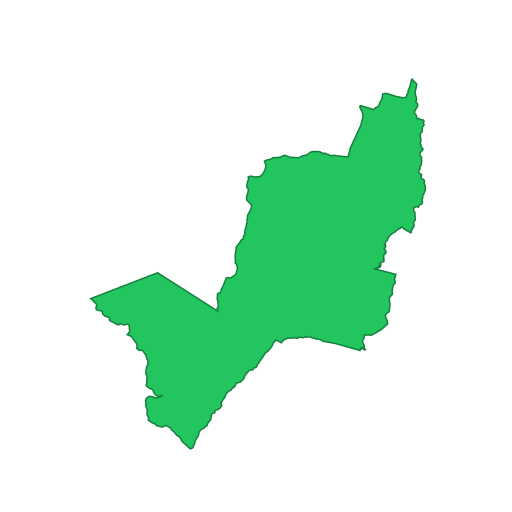 San Carlos, Salta, Argentina, rotated 10°
{"feature_id": "61730980B20324539983987", "entity_name": "San Carlos", "entity_type": "district", "adm_level": 2, "iso_a3": "ARG", "parent_name": "Argentina", "parent_adm1": "Salta", "projection": "mercator", "projection_center": [-66.067, -25.8], "detail": "fine", "context": "isolated", "style": "filled", "palette": "green", "viewbox_px": 512, "rotation_deg": 10, "n_neighbors": 0, "source": "geoboundaries", "source_scale": "gbopen_adm2", "svg_char_len": 6118}
<svg xmlns="http://www.w3.org/2000/svg" viewBox="0 0 512 512"><g transform="rotate(10 256 256)"><path d="M275.7,365.2L276.5,361.8L277.5,360.5L277.7,359.4L278.9,357.5L279.0,356.5L280.6,353.7L281.9,350.1L284.4,347.5L287.1,342.7L288.4,338.1L289.3,337.1L290.1,335.1L296.0,337.1L297.6,334.3L300.8,331.7L304.8,330.6L306.6,330.5L308.3,329.5L309.8,330.1L311.6,329.6L312.3,328.5L316.4,328.3L318.8,327.2L319.8,327.2L323.1,326.1L325.4,326.9L327.8,326.9L329.9,327.5L331.1,327.0L333.6,327.2L335.5,327.7L336.6,328.3L349.3,328.4L374.7,331.0L374.5,330.2L375.0,330.1L375.4,328.7L375.8,329.0L375.9,328.6L376.9,328.0L377.1,328.6L378.3,328.8L378.0,329.1L379.0,329.7L379.8,329.1L379.2,329.0L378.7,328.3L378.4,325.7L376.7,323.5L375.5,321.1L376.7,317.9L376.5,315.0L383.8,313.8L392.2,306.7L397.5,300.0L396.4,296.7L395.4,295.5L393.8,292.5L394.2,290.5L396.8,287.6L396.8,284.8L396.4,283.5L396.6,282.2L396.1,279.5L394.5,274.6L394.8,273.5L397.0,269.9L396.2,267.0L396.1,261.6L396.5,260.3L397.8,258.4L397.1,255.9L396.4,255.5L397.0,249.8L375.0,248.0L375.5,247.4L376.7,247.5L376.6,247.1L377.2,246.8L378.0,247.3L377.8,246.3L380.0,245.6L380.4,244.3L379.6,244.7L379.2,244.0L379.6,243.4L379.3,242.8L379.7,243.0L380.2,242.7L380.1,242.3L379.6,242.4L379.6,241.9L380.0,241.8L380.0,241.1L380.5,240.9L381.1,239.9L382.2,239.7L382.2,239.2L382.9,238.9L382.4,238.5L382.7,237.2L382.0,236.4L382.4,236.0L381.6,234.9L382.0,233.9L381.4,233.6L382.4,231.5L383.4,230.7L383.4,230.2L382.8,229.7L383.2,228.7L382.6,228.0L381.2,227.2L380.9,226.0L381.8,225.7L382.1,223.6L380.8,223.1L380.4,222.2L381.3,222.0L381.3,219.2L382.7,217.6L382.7,216.2L383.7,214.1L383.7,213.1L386.8,209.6L387.8,209.1L389.0,207.8L390.6,205.7L392.0,204.8L392.1,204.1L393.4,203.6L394.4,202.2L395.4,202.3L396.7,203.6L397.6,203.5L398.4,204.2L399.3,204.2L399.9,204.9L401.7,205.2L403.3,206.0L404.7,206.1L404.6,204.2L406.2,199.7L406.3,198.1L405.3,196.1L405.8,194.4L406.6,192.9L404.9,185.5L403.5,184.2L403.3,182.7L402.7,181.6L402.8,181.1L403.9,180.6L404.2,179.9L405.9,179.4L407.4,179.9L408.3,177.1L410.0,176.2L410.4,175.5L410.7,173.8L409.5,172.3L410.1,169.5L409.5,168.1L410.4,166.4L410.9,163.1L411.4,161.9L410.6,158.1L410.3,157.4L409.7,157.1L409.7,156.2L408.9,154.9L408.8,152.5L407.4,151.4L405.4,151.0L404.8,149.3L405.1,147.4L404.8,146.9L402.7,146.2L401.3,145.2L401.8,143.7L401.6,143.1L401.9,142.4L402.5,142.1L401.9,140.1L402.9,137.6L402.7,136.0L402.9,135.4L402.5,134.8L402.7,133.8L402.5,132.9L402.0,132.0L402.2,130.9L401.5,129.5L400.1,128.4L399.6,127.5L400.1,125.3L402.0,121.9L399.7,119.6L399.0,117.5L398.2,116.8L398.0,115.8L398.4,115.5L398.2,112.6L397.7,111.1L397.0,110.6L397.2,110.0L396.6,106.7L396.9,106.1L397.8,105.5L398.0,104.5L397.5,100.4L398.8,97.9L397.7,95.8L397.8,94.9L398.2,94.3L397.3,93.0L394.5,93.1L392.8,92.3L390.8,92.9L389.5,89.7L387.6,88.0L387.2,87.2L387.3,85.1L388.5,82.3L389.2,80.0L388.5,77.8L387.3,77.1L386.7,76.4L387.0,74.3L386.7,73.0L384.6,68.4L384.3,66.1L384.6,59.2L383.1,57.6L381.6,56.9L381.1,56.3L380.2,56.2L379.4,54.6L379.0,54.7L378.5,56.4L378.1,62.7L377.1,67.3L377.4,68.9L376.5,70.7L376.6,71.9L376.1,73.7L373.0,74.7L366.5,74.5L356.1,73.2L354.6,73.6L352.9,74.3L352.6,74.9L352.8,79.4L351.6,82.5L350.6,87.1L349.0,88.6L348.2,88.9L346.5,91.4L333.3,89.7L332.2,90.4L333.2,92.8L335.2,95.2L336.9,98.3L337.1,101.5L336.5,109.2L330.1,133.5L329.6,141.0L329.3,142.1L327.2,142.8L320.2,143.0L318.8,143.6L317.4,143.1L313.1,143.8L311.9,144.4L309.7,143.4L307.6,143.5L307.0,143.0L305.5,142.8L305.1,143.6L304.3,143.6L303.6,143.0L301.4,142.8L301.0,142.2L295.8,142.8L293.7,143.3L291.4,144.5L288.7,147.5L285.1,148.9L280.9,151.8L272.4,152.9L267.1,151.8L265.5,152.4L262.8,154.4L259.4,155.5L255.6,156.2L253.6,158.3L251.1,159.1L248.9,160.2L247.8,161.2L249.7,164.3L250.1,167.2L249.9,169.4L248.5,173.9L246.4,176.8L241.2,178.4L237.5,178.2L236.4,178.5L235.4,178.9L234.5,179.8L235.3,180.9L235.4,181.6L234.8,184.4L234.7,188.9L235.0,189.8L236.7,191.3L237.1,193.3L236.5,199.8L236.8,201.5L237.5,202.8L242.4,206.3L243.0,208.0L243.0,209.6L242.0,213.7L240.6,217.2L241.0,220.4L240.9,222.3L241.5,224.3L241.0,225.8L241.2,228.4L240.6,234.4L241.3,236.2L240.3,238.8L240.2,240.5L240.5,241.6L238.8,242.7L236.9,247.1L234.8,250.8L235.4,253.4L235.2,254.4L235.4,259.3L235.9,262.0L236.6,263.8L236.6,266.4L238.0,267.4L239.9,270.9L239.3,277.2L238.9,278.1L235.4,281.5L233.9,282.3L232.5,282.0L230.6,282.7L228.6,292.3L227.6,294.8L227.6,296.7L226.9,298.4L224.7,299.6L225.2,305.1L225.9,306.2L227.5,311.4L227.5,312.7L226.8,314.4L227.2,314.9L227.8,316.9L162.0,289.6L100.6,326.7L102.5,327.6L104.1,329.3L105.3,329.5L107.5,331.6L107.8,332.3L107.3,334.5L108.1,336.6L111.0,337.0L113.8,336.9L115.3,339.9L117.9,341.5L122.3,342.0L122.7,344.3L124.1,345.5L126.5,345.8L130.0,347.3L131.9,347.7L133.2,347.4L133.7,346.5L134.7,346.1L137.4,346.9L138.5,346.7L140.7,345.5L141.9,345.3L142.8,345.9L143.5,347.4L143.8,349.4L144.7,351.3L144.6,352.5L142.9,355.9L146.7,356.7L148.6,357.9L150.3,360.0L153.1,362.4L154.5,364.8L154.7,367.9L157.4,369.2L159.6,368.7L161.2,369.1L165.3,373.5L166.1,375.8L167.4,377.5L168.5,381.2L167.6,383.7L167.5,386.8L167.9,390.5L168.5,391.9L169.1,392.4L169.9,394.5L169.9,396.7L170.4,399.3L170.3,402.2L170.6,403.1L174.7,405.0L177.8,405.8L178.8,408.0L180.9,410.1L182.2,410.6L183.9,411.2L185.8,410.8L187.5,409.8L187.3,410.5L183.7,412.6L182.1,413.2L178.5,412.6L175.3,412.6L172.6,415.3L172.3,417.9L173.3,420.2L173.1,421.8L175.6,426.4L175.9,429.8L176.7,431.7L178.1,433.5L178.5,434.8L178.3,436.2L181.3,437.8L186.4,439.2L187.7,440.3L193.3,440.8L196.7,438.5L201.5,440.1L202.9,441.9L206.0,443.5L209.1,446.4L210.3,446.9L211.4,446.9L213.5,448.9L215.5,451.5L224.8,457.4L226.9,456.0L228.3,450.6L228.2,448.5L230.5,442.8L230.5,439.6L231.3,437.7L232.6,436.1L235.1,434.2L236.0,432.4L237.1,431.9L237.7,428.7L239.8,425.0L239.8,419.5L240.4,418.6L242.7,417.4L242.3,415.8L242.6,415.1L245.9,413.3L247.1,411.8L248.3,409.4L247.1,406.7L248.9,402.0L249.6,401.4L250.3,398.0L251.1,395.9L252.8,393.8L254.7,392.2L255.6,390.3L257.0,389.4L258.4,386.6L258.3,385.6L258.7,384.7L262.4,382.9L264.5,380.2L265.4,378.8L265.6,376.7L266.4,374.2L267.9,372.4L268.8,370.2L269.3,369.6L272.7,368.7L273.5,366.4L275.0,366.0L275.7,365.2Z" fill="#22c55e" stroke="#15803d" stroke-width="1.5"/></g></svg>